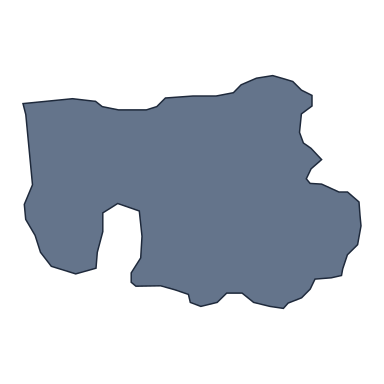 Kungsbacka, Halland, Sweden (Natural Earth projection)
{"feature_id": "70781695B93011743740918", "entity_name": "Kungsbacka", "entity_type": "district", "adm_level": 2, "iso_a3": "SWE", "parent_name": "Sweden", "parent_adm1": "Halland", "projection": "natural_earth1", "projection_center": [12.215, 57.462], "detail": "fine", "context": "isolated", "style": "filled", "palette": "slate", "viewbox_px": 384, "rotation_deg": 0, "n_neighbors": 0, "source": "geoboundaries", "source_scale": "gbopen_adm2", "svg_char_len": 1005}
<svg xmlns="http://www.w3.org/2000/svg" viewBox="0 0 384 384"><path d="M341.5,275.5L342.7,268.9L347.4,254.8L357.6,244.7L361.0,225.9L360.0,215.3L359.0,202.0L347.5,192.0L338.9,192.0L321.6,184.1L310.1,183.4L306.3,178.8L311.1,168.8L321.6,159.6L311.0,148.3L303.4,143.0L299.5,132.4L301.4,113.9L312.0,106.0L312.0,95.4L301.4,90.1L292.8,81.5L284.2,78.9L273.4,75.8L272.7,75.6L256.4,78.2L241.1,84.8L233.4,92.7L216.2,96.0L193.2,96.0L165.4,98.0L156.8,106.6L146.3,109.9L118.5,109.9L102.2,106.6L95.5,101.3L93.2,101.1L72.5,98.7L23.0,103.6L25.8,114.6L32.5,184.8L24.3,204.4L25.7,219.4L35.1,235.4L40.5,252.3L51.3,266.3L75.7,273.9L96.0,268.2L97.3,252.3L102.8,231.6L102.8,212.9L117.7,203.5L139.3,211.0L142.0,236.3L140.7,257.9L131.2,272.9L131.2,282.3L135.9,286.2L160.6,285.8L174.9,289.8L188.4,294.4L190.3,302.4L200.8,306.4L217.2,302.4L226.7,293.1L242.1,293.1L253.6,302.4L269.9,306.4L283.4,308.4L288.1,303.1L301.6,297.8L310.2,289.1L315.0,279.1L331.3,277.8L341.5,275.5Z" fill="#64748b" stroke="#1e293b" stroke-width="1.5"/></svg>